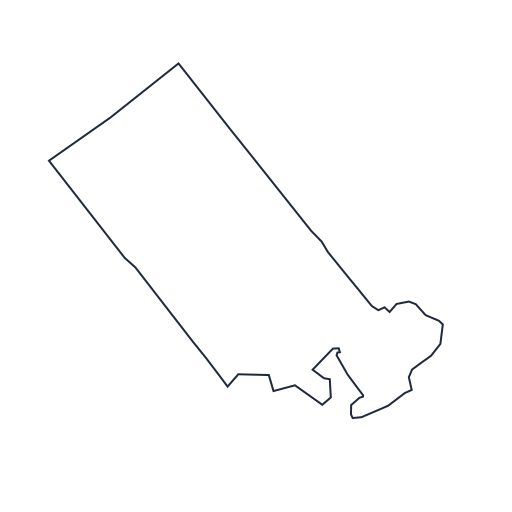 Kent, Rhode Island, United States of America (orthographic projection), rotated 53°
{"feature_id": "52423323B26023060829136", "entity_name": "Kent", "entity_type": "district", "adm_level": 2, "iso_a3": "USA", "parent_name": "United States of America", "parent_adm1": "Rhode Island", "projection": "orthographic", "projection_center": [-71.482, 41.683], "detail": "fine", "context": "isolated", "style": "outline", "palette": "slate", "viewbox_px": 512, "rotation_deg": 53, "n_neighbors": 0, "source": "geoboundaries", "source_scale": "gbopen_adm2", "svg_char_len": 1033}
<svg xmlns="http://www.w3.org/2000/svg" viewBox="0 0 512 512"><g transform="rotate(53 256 256)"><path d="M414.7,292.6L414.0,281.4L398.8,271.2L394.5,275.3L382.7,278.7L380.9,279.2L380.7,278.3L376.3,250.4L376.3,250.2L379.5,245.5L383.3,246.9L382.1,249.1L383.8,251.4L405.7,254.2L421.3,254.3L431.7,254.3L432.7,255.2L431.5,258.7L432.3,269.7L439.7,275.5L443.6,276.3L448.2,268.8L455.1,240.6L455.0,219.6L455.5,217.5L456.7,212.3L448.6,208.6L444.8,206.9L442.0,202.1L440.6,199.7L440.7,188.5L440.8,185.2L441.0,176.2L437.2,161.7L423.1,148.0L417.8,148.9L406.1,155.7L404.7,156.2L390.6,157.4L384.4,161.3L378.9,172.6L381.1,183.0L374.4,184.2L372.9,190.9L365.9,193.5L365.6,193.6L350.2,194.2L343.7,194.4L330.5,195.0L296.2,196.2L283.9,194.9L269.2,196.8L169.8,199.4L139.5,200.3L55.6,202.0L55.6,202.6L57.8,289.2L57.8,289.3L57.1,309.6L56.9,316.5L55.3,363.9L55.3,364.0L178.6,362.0L192.5,359.2L286.2,358.0L307.3,357.3L330.3,357.2L343.2,357.3L339.8,341.3L358.8,317.4L374.4,323.3L382.7,302.7L414.7,292.6Z" fill="none" stroke="#1e293b" stroke-width="2"/></g></svg>